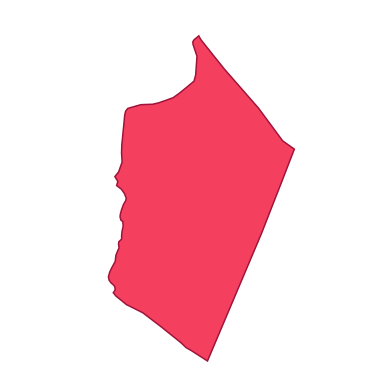 outline of Al Fao, Gedarif, Sudan, rotated 30°
{"feature_id": "16777658B5270052963378", "entity_name": "Al Fao", "entity_type": "district", "adm_level": 2, "iso_a3": "SDN", "parent_name": "Sudan", "parent_adm1": "Gedarif", "projection": "natural_earth1", "projection_center": [34.062, 14.059], "detail": "fine", "context": "isolated", "style": "filled", "palette": "rose", "viewbox_px": 384, "rotation_deg": 30, "n_neighbors": 0, "source": "geoboundaries", "source_scale": "gbopen_adm2", "svg_char_len": 1330}
<svg xmlns="http://www.w3.org/2000/svg" viewBox="0 0 384 384"><g transform="rotate(30 192 192)"><path d="M135.2,60.2L132.5,59.2L123.5,55.6L119.9,53.5L119.8,53.4L118.3,57.5L118.0,58.2L117.8,58.7L117.7,58.8L117.7,59.2L117.6,60.6L117.6,60.8L117.6,61.1L117.6,61.5L119.1,63.7L128.4,71.9L135.5,86.4L136.7,88.9L138.3,95.0L135.2,103.5L131.4,113.4L128.4,119.9L121.6,127.9L118.6,131.4L113.9,135.8L111.4,137.3L104.1,141.9L100.1,146.0L94.6,151.7L94.3,153.6L94.1,155.1L95.2,158.9L99.1,167.4L103.3,176.7L104.4,179.1L105.2,180.9L106.1,182.8L106.5,183.8L107.3,185.6L111.5,193.5L116.5,201.0L118.4,211.3L117.5,217.2L118.8,218.0L122.4,219.8L123.5,224.1L129.4,224.9L134.2,227.1L138.2,230.3L138.3,230.5L138.5,231.4L138.6,231.9L138.8,232.6L138.9,233.0L138.9,236.6L138.9,237.3L139.9,242.8L141.2,247.6L142.4,249.9L144.7,252.0L147.0,252.2L147.6,253.4L149.4,255.9L151.1,261.1L152.5,264.3L154.6,268.1L153.5,271.6L154.4,273.9L156.7,276.7L157.2,281.1L157.7,284.7L160.2,290.5L160.4,298.1L160.8,302.6L162.0,307.2L164.3,309.8L167.0,311.1L171.0,311.9L172.6,312.8L174.4,315.2L174.2,318.6L174.3,318.6L177.9,320.1L191.6,322.3L209.7,321.2L232.8,324.2L257.5,328.0L264.6,329.7L270.5,329.7L289.9,330.6L272.9,193.0L267.5,157.6L264.6,138.2L259.2,103.7L245.0,102.4L207.6,86.1L158.4,69.3L138.1,61.4L135.2,60.2Z" fill="#f43f5e" stroke="#9f1239" stroke-width="1.5"/></g></svg>